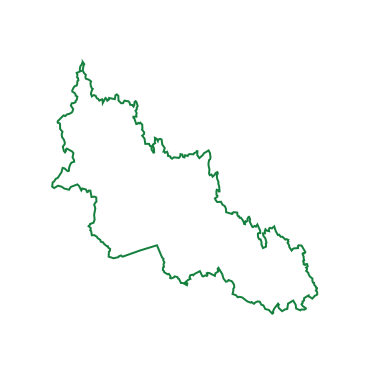 Ballyjamesduff Lea-6, Cavan, Ireland, rotated 16°
{"feature_id": "5873133B36799193613940", "entity_name": "Ballyjamesduff Lea-6", "entity_type": "district", "adm_level": 2, "iso_a3": "IRL", "parent_name": "Ireland", "parent_adm1": "Cavan", "projection": "mercator", "projection_center": [-7.268, 53.897], "detail": "fine", "context": "isolated", "style": "outline", "palette": "green", "viewbox_px": 384, "rotation_deg": 16, "n_neighbors": 0, "source": "geoboundaries", "source_scale": "gbopen_adm2", "svg_char_len": 6032}
<svg xmlns="http://www.w3.org/2000/svg" viewBox="0 0 384 384"><g transform="rotate(16 192 192)"><path d="M157.8,262.8L173.0,252.9L181.2,263.1L183.1,264.2L183.0,265.3L184.9,267.4L184.5,269.2L185.7,271.7L185.0,272.3L185.5,275.1L186.8,275.7L187.4,276.8L191.2,277.8L192.3,277.1L194.6,279.0L194.7,280.7L195.9,280.8L198.1,279.1L198.5,277.9L201.5,277.8L202.4,279.0L203.5,279.2L206.5,282.5L208.5,282.0L212.8,283.0L212.7,281.1L210.5,280.6L212.4,277.6L214.4,276.0L213.1,274.6L213.4,272.4L215.4,271.3L216.2,271.7L217.0,270.1L221.4,265.9L225.2,270.1L226.1,270.0L227.9,268.4L229.4,268.6L229.8,267.5L228.6,266.0L228.9,265.5L230.9,265.1L237.1,266.3L236.9,263.7L239.1,261.2L237.8,258.7L238.3,257.6L243.7,262.6L246.0,266.4L249.4,268.9L250.8,268.0L251.3,266.6L254.8,266.8L256.6,268.2L258.0,269.7L258.9,271.9L258.4,273.9L258.9,275.3L259.1,278.9L262.7,279.1L265.0,280.6L266.4,279.7L269.3,279.5L275.3,281.9L278.9,282.2L279.6,281.4L282.3,282.4L283.4,280.6L285.4,279.0L287.4,278.8L289.8,281.3L291.9,281.3L294.7,284.3L298.3,284.2L302.7,286.8L303.4,285.9L302.8,284.2L303.2,281.5L305.5,275.6L306.6,276.4L306.0,277.6L307.5,279.7L311.5,281.7L313.7,279.3L315.8,278.1L315.1,272.8L319.2,268.5L322.8,271.9L324.2,275.3L328.7,275.9L329.3,274.9L332.6,274.0L333.6,272.8L333.4,272.3L330.0,271.2L328.2,269.7L329.0,268.0L328.4,266.8L329.6,265.4L329.0,263.2L331.8,260.0L332.5,260.2L332.8,259.4L333.3,260.1L337.0,261.3L338.8,257.7L340.2,256.7L340.6,255.7L339.7,253.4L338.2,252.6L338.8,250.6L338.6,249.9L337.5,249.8L336.9,248.5L335.3,247.8L334.4,245.7L333.2,245.7L332.1,244.0L331.6,242.0L328.5,240.7L326.4,238.5L326.1,237.6L323.5,236.4L323.9,235.4L323.8,234.2L322.5,233.2L323.7,231.7L322.6,229.6L321.6,229.7L320.7,231.0L319.3,230.7L318.9,229.0L318.1,228.4L317.9,227.5L318.7,226.8L317.5,224.8L317.3,223.6L315.3,221.1L315.7,220.0L317.0,219.9L317.5,218.5L312.1,213.3L309.3,213.8L308.7,214.7L309.4,216.7L305.7,218.0L304.7,218.9L303.9,220.8L300.8,218.2L300.0,216.4L297.8,214.4L298.4,213.2L297.5,212.2L297.7,211.5L295.8,211.3L294.8,212.0L291.3,210.1L289.5,210.6L287.6,209.0L286.4,209.7L283.2,206.4L280.5,202.4L278.8,205.0L276.9,204.9L276.3,205.6L276.3,207.4L276.9,208.4L274.7,208.6L272.9,207.6L272.8,209.8L273.5,211.6L271.6,212.2L272.7,214.5L275.2,216.2L277.6,220.3L277.2,221.1L278.2,224.1L275.7,226.3L273.2,223.3L272.8,221.4L271.0,218.6L269.7,218.9L267.9,217.1L266.8,213.9L267.2,213.2L268.9,212.7L268.2,210.4L263.8,205.2L263.0,207.7L261.6,207.3L260.2,209.0L259.5,208.8L255.7,204.7L255.4,202.2L253.7,200.1L253.2,200.5L252.7,202.7L253.4,204.2L252.4,205.6L251.5,205.4L251.2,206.3L251.9,208.3L251.0,208.4L249.3,205.8L246.1,203.2L244.9,203.7L243.9,202.4L243.0,202.6L242.1,201.8L241.1,199.3L237.6,199.9L236.6,201.0L236.9,201.6L236.6,202.1L230.4,202.0L229.2,198.7L227.4,196.5L224.8,195.8L222.5,193.4L219.0,194.7L216.8,193.1L215.8,191.8L217.6,189.7L217.6,188.7L216.3,188.0L215.2,184.3L215.2,183.0L216.7,183.1L217.7,184.1L218.3,183.8L216.6,179.2L214.9,176.6L214.8,175.3L212.1,171.7L211.2,168.6L211.7,167.4L211.5,166.5L210.8,165.9L209.5,167.2L208.9,169.5L207.6,171.6L205.9,169.8L204.4,170.9L203.3,169.5L202.5,165.4L200.8,162.4L200.0,160.1L199.6,156.7L200.4,155.5L200.2,153.4L198.5,149.6L196.5,147.5L192.7,151.6L192.3,153.3L189.7,157.4L186.9,155.1L185.9,151.2L185.4,151.3L185.3,152.4L183.5,153.9L182.9,155.4L179.0,156.3L178.1,157.4L178.0,158.5L175.2,158.6L175.2,160.8L173.8,160.8L172.4,158.7L170.5,158.8L170.9,160.8L170.0,162.9L165.1,163.6L163.6,165.5L162.1,165.0L161.4,163.8L158.9,163.9L158.6,162.5L157.0,160.2L155.3,161.7L154.4,160.7L153.5,161.0L153.7,157.3L150.3,154.5L148.3,149.9L146.7,149.7L145.3,150.7L145.2,152.5L143.3,150.6L141.4,150.2L142.1,152.1L142.4,154.1L143.1,155.3L141.4,157.1L141.4,157.8L143.6,161.1L144.7,164.4L144.1,164.8L141.4,162.3L140.4,159.2L139.0,159.3L137.5,157.6L133.8,158.6L131.6,153.7L128.6,151.6L129.9,149.6L129.6,147.9L126.7,145.8L126.9,144.8L125.6,141.0L123.2,139.6L122.7,140.5L121.3,140.3L120.8,141.5L119.7,142.0L116.5,137.5L115.1,136.6L114.9,135.8L117.8,134.9L117.1,133.0L117.1,131.5L115.3,129.4L116.2,127.7L115.6,126.5L116.1,124.3L113.5,120.5L112.6,120.3L112.0,121.3L112.6,124.6L112.2,126.0L110.7,124.8L108.5,125.2L107.2,123.1L105.9,122.4L101.9,122.8L101.2,125.6L99.4,126.2L96.1,124.3L94.7,119.9L92.9,118.9L91.8,120.0L92.2,124.0L86.4,124.5L86.8,125.8L85.4,127.6L84.2,126.0L82.9,125.5L81.7,131.0L80.7,128.3L80.0,127.6L77.7,129.7L76.3,128.4L74.6,128.1L72.9,126.1L70.6,126.0L69.4,127.7L67.8,125.6L67.6,123.5L68.1,120.4L67.6,120.5L65.5,117.9L64.4,115.4L64.5,113.5L62.0,112.5L58.7,112.3L57.8,110.9L57.7,108.7L55.5,107.5L53.4,105.2L52.9,100.4L53.2,98.8L51.2,97.2L51.4,97.8L50.8,98.5L50.9,99.8L50.0,101.9L50.3,104.9L50.9,106.2L52.1,106.2L48.3,109.3L49.5,110.8L50.0,113.6L51.1,114.0L52.0,116.0L51.3,117.0L51.9,120.2L51.7,121.6L50.4,122.3L49.5,123.9L48.9,127.0L49.2,128.4L52.0,129.3L53.3,130.4L53.6,131.5L55.5,131.9L55.8,135.1L55.0,136.7L55.3,137.8L53.7,139.2L52.2,139.6L51.8,140.7L51.7,142.3L54.9,145.0L54.9,147.6L54.5,148.7L52.5,150.8L50.6,151.7L49.2,154.0L47.6,153.7L47.1,154.2L43.4,161.1L43.8,162.4L45.8,162.4L46.5,163.2L47.8,167.7L50.9,169.8L50.8,172.2L51.9,175.0L54.4,177.0L56.2,179.7L56.4,181.3L55.3,183.9L57.5,187.9L59.0,188.9L59.5,187.3L59.1,185.9L59.7,184.8L65.6,186.1L67.3,187.3L67.6,191.5L69.8,193.9L70.4,195.3L68.1,196.9L67.4,198.9L67.2,202.4L67.8,205.6L66.7,206.2L62.8,204.4L61.0,204.5L61.1,208.9L59.1,215.4L57.4,216.9L56.4,220.2L55.4,221.2L56.1,225.4L58.4,226.2L61.5,222.9L65.1,222.8L68.4,223.9L73.2,223.7L74.0,220.6L79.7,216.3L81.8,217.4L85.2,221.0L85.5,219.9L85.0,219.2L85.3,218.9L89.3,218.8L91.3,221.0L92.0,220.4L92.3,219.1L93.9,218.7L96.8,224.5L99.6,223.3L101.4,223.6L102.8,227.6L101.8,229.3L101.5,231.2L103.6,234.4L104.2,241.0L106.0,245.3L105.8,248.7L103.0,250.7L103.2,251.0L102.0,253.4L104.4,254.4L104.9,255.6L104.7,256.8L105.9,257.5L107.6,261.2L110.1,260.4L112.9,261.3L114.1,262.4L117.0,263.3L118.0,264.9L120.6,264.9L121.2,265.8L125.1,267.6L126.0,267.3L126.7,268.5L129.0,269.3L129.3,271.2L128.6,272.3L129.7,277.1L134.9,277.3L139.2,274.9L139.4,274.0L141.2,272.6L143.1,273.3L157.8,262.8Z" fill="none" stroke="#15803d" stroke-width="2"/></g></svg>